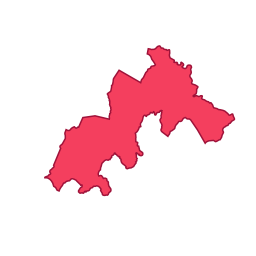 outline of Santa Ana, La Paz, Honduras, rotated 239°
{"feature_id": "27666195B3859139292279", "entity_name": "Santa Ana", "entity_type": "district", "adm_level": 2, "iso_a3": "HND", "parent_name": "Honduras", "parent_adm1": "La Paz", "projection": "orthographic", "projection_center": [-87.959, 13.996], "detail": "fine", "context": "isolated", "style": "filled", "palette": "rose", "viewbox_px": 256, "rotation_deg": 239, "n_neighbors": 0, "source": "geoboundaries", "source_scale": "gbopen_adm2", "svg_char_len": 5897}
<svg xmlns="http://www.w3.org/2000/svg" viewBox="0 0 256 256"><g transform="rotate(239 128 128)"><path d="M70.5,200.9L71.8,203.4L73.4,205.0L74.9,207.4L75.4,207.7L77.4,208.0L78.3,208.8L78.9,209.8L79.1,210.8L79.0,212.4L79.3,213.3L78.8,215.0L79.7,216.6L79.5,218.3L79.9,218.8L80.0,219.7L80.4,220.4L80.4,223.2L80.6,223.7L81.4,224.1L83.6,224.3L85.9,224.9L86.4,224.5L86.5,221.9L86.9,221.3L89.2,220.9L92.6,219.7L94.2,218.5L96.3,216.3L97.2,215.1L98.8,214.3L101.2,211.9L102.6,212.0L103.9,212.4L106.6,212.2L107.1,211.9L107.2,211.1L107.5,210.8L109.0,210.5L110.3,209.2L112.7,208.1L114.3,206.6L114.7,206.5L115.4,206.4L116.9,208.0L117.3,208.1L117.8,207.7L118.2,206.9L118.3,205.4L118.6,204.8L120.4,203.4L120.8,202.4L120.8,200.9L121.3,200.3L121.8,200.3L122.1,200.6L122.3,203.9L122.7,204.5L124.2,205.8L125.8,206.7L125.9,207.1L126.1,207.2L126.7,208.5L127.2,209.1L127.7,209.1L130.1,207.9L132.7,205.7L133.5,205.6L134.1,205.8L134.9,206.9L135.7,207.5L137.1,207.7L139.5,207.5L140.8,207.7L141.5,208.5L141.7,209.1L142.7,210.6L143.9,211.2L145.8,211.8L146.2,212.1L147.4,213.8L149.0,214.1L149.5,213.9L150.4,212.9L150.9,211.9L150.7,210.6L149.6,209.3L149.4,207.9L149.6,207.4L151.0,206.2L152.6,205.8L152.9,206.2L152.9,207.5L153.3,208.0L153.7,208.3L154.8,208.4L156.7,207.7L156.9,207.5L156.9,207.2L156.7,206.9L155.6,206.4L155.2,205.2L155.8,204.1L156.9,203.1L157.6,203.1L157.9,203.8L158.9,203.8L159.3,203.4L160.0,202.0L160.6,201.3L160.9,201.4L161.5,202.2L162.4,202.5L166.4,200.2L168.6,200.7L169.7,201.4L170.6,202.3L173.2,203.7L173.7,203.7L174.0,203.2L174.4,201.5L175.5,201.2L176.1,200.3L177.1,199.4L178.5,199.1L179.4,197.7L181.7,197.6L182.1,197.3L182.3,196.9L182.6,195.4L182.4,194.3L181.9,192.7L181.9,191.1L183.3,188.4L184.3,187.6L185.5,186.2L181.6,182.7L179.9,183.9L178.2,184.3L177.2,184.3L174.7,183.8L170.8,184.1L168.1,184.0L167.8,183.1L167.9,182.4L168.8,179.9L168.5,178.9L167.7,178.3L168.1,175.3L166.9,174.0L166.3,171.7L163.3,167.2L162.7,165.3L162.2,164.2L160.3,162.2L182.1,150.1L177.8,141.1L177.1,140.4L175.2,139.0L173.1,137.0L172.8,135.7L171.6,135.1L168.6,132.4L168.3,131.6L168.1,128.6L167.8,127.8L166.4,127.8L165.2,127.5L164.3,126.9L162.9,126.9L161.7,126.6L161.1,126.0L160.6,126.3L158.1,124.8L157.6,124.3L155.5,123.9L154.5,123.9L153.8,123.3L152.7,123.0L152.0,122.4L151.6,121.6L150.0,121.0L149.8,119.8L149.0,119.3L147.9,118.1L147.1,117.6L146.1,117.2L145.2,116.5L155.4,106.0L160.2,94.7L154.1,86.1L154.6,85.6L154.4,83.9L154.5,83.6L155.0,83.1L156.7,82.6L156.8,82.4L156.7,81.7L157.0,80.5L156.8,79.9L156.8,78.9L156.3,78.1L156.1,76.5L156.8,75.2L158.5,74.1L156.2,71.3L155.0,70.7L153.9,70.4L151.3,68.9L148.5,64.1L148.0,62.9L147.8,61.2L147.5,60.4L146.8,59.9L145.2,59.8L134.3,45.0L133.6,45.0L132.9,44.6L132.6,44.0L132.4,42.5L131.9,41.0L131.9,39.9L131.7,39.3L130.6,38.3L129.1,38.4L128.8,38.2L128.5,37.8L128.4,37.2L128.7,36.4L128.2,35.5L128.1,34.7L128.6,31.8L128.5,31.3L128.2,31.1L127.2,32.6L126.4,33.5L124.1,34.7L122.0,35.1L119.5,35.1L116.3,34.3L114.3,35.3L111.2,35.2L109.5,36.5L110.8,38.2L112.0,40.6L112.4,41.9L113.9,44.3L113.9,44.6L113.4,45.5L113.7,46.1L113.9,47.8L113.5,49.4L112.9,50.7L113.6,53.2L113.1,54.3L112.0,55.3L110.0,56.6L109.1,56.7L104.1,58.0L103.3,58.0L103.0,59.1L102.2,59.0L101.2,58.1L101.3,56.9L101.1,56.1L99.7,53.3L98.7,52.7L97.0,53.2L96.7,53.6L96.3,54.8L95.7,55.7L95.3,55.9L95.1,56.2L95.2,56.8L95.9,58.1L95.6,59.0L95.0,58.8L94.8,58.9L95.1,60.5L94.5,61.9L94.6,62.9L95.6,64.6L95.6,65.5L95.2,66.9L95.8,68.3L95.6,68.8L94.8,70.0L94.6,71.4L93.5,72.4L91.9,73.2L90.8,73.2L90.3,73.4L89.4,73.3L88.5,72.3L85.3,72.3L84.5,71.9L83.6,71.9L82.7,72.6L82.1,73.5L81.8,74.7L81.0,75.9L81.3,76.9L82.4,78.4L82.6,80.4L83.5,81.4L84.7,81.9L88.1,81.7L90.3,82.4L91.1,83.0L92.3,83.3L93.7,82.8L95.1,83.5L95.7,83.4L96.9,82.5L97.4,80.9L98.9,81.0L99.7,80.8L100.7,80.8L101.4,80.1L101.9,78.3L103.3,78.5L104.2,79.0L105.4,80.2L106.2,81.6L106.3,82.8L108.0,84.0L109.1,85.4L111.1,87.4L112.1,91.2L112.0,92.6L111.9,93.1L110.6,94.4L110.7,95.5L110.2,96.3L111.0,97.4L111.2,98.8L112.1,99.3L112.4,99.7L112.5,100.3L112.4,101.4L112.8,102.6L113.4,103.3L113.3,103.9L112.9,104.0L112.0,103.8L111.2,104.5L110.0,104.5L108.8,105.1L108.3,105.1L108.0,105.3L107.9,106.0L107.6,106.1L106.1,105.4L105.2,105.8L104.5,105.8L103.7,105.2L101.6,104.7L99.8,105.1L97.7,106.0L95.9,106.4L95.5,106.3L95.1,105.7L94.1,105.8L93.4,106.5L93.1,108.3L92.2,110.2L92.1,113.0L93.1,114.9L93.9,116.9L94.2,117.1L95.0,117.2L95.3,118.6L95.7,118.9L96.6,119.1L97.0,120.1L98.3,120.0L101.1,121.5L102.2,121.7L102.3,121.8L102.4,122.4L102.0,122.7L100.3,123.3L99.7,123.2L99.5,124.0L98.9,123.8L98.5,123.9L97.6,124.8L97.4,125.3L97.3,126.3L97.6,126.9L98.2,127.4L98.9,127.7L99.5,127.8L102.7,126.4L107.0,127.8L107.6,127.0L108.0,126.9L109.4,127.9L110.2,128.6L110.6,128.8L111.0,128.6L111.9,127.8L112.4,127.7L113.8,128.6L114.6,128.9L115.8,129.9L118.6,131.3L119.8,131.6L120.2,134.0L121.4,136.3L123.1,138.3L123.0,138.6L122.6,139.3L122.6,139.7L124.4,140.3L125.5,141.1L126.5,143.3L127.7,144.8L129.8,146.8L130.4,148.0L130.5,148.5L130.0,149.2L129.6,149.4L128.7,149.5L128.5,149.8L129.2,151.0L128.8,152.7L128.9,154.0L129.7,155.2L129.5,155.7L128.5,156.3L128.3,156.7L128.3,157.3L128.8,158.3L128.5,158.5L127.7,158.5L125.7,157.8L125.3,157.9L125.0,158.2L125.0,158.8L125.8,159.8L126.1,160.5L126.0,161.5L125.4,162.9L126.1,164.4L126.1,165.0L125.8,165.7L125.3,166.0L124.8,165.0L123.8,164.9L123.2,164.1L122.6,163.8L121.8,162.8L119.8,161.8L118.4,159.5L116.3,158.9L114.6,159.0L112.7,158.5L111.6,157.4L110.6,156.9L109.8,155.6L109.0,155.1L108.3,155.0L107.1,155.2L100.3,157.9L100.9,158.8L101.1,159.7L101.8,160.9L102.7,161.7L103.2,162.5L103.1,164.5L103.4,167.4L103.8,168.1L105.0,169.2L105.9,170.8L106.2,171.4L106.3,172.5L107.4,174.7L107.4,175.2L106.6,176.3L106.4,177.2L106.5,178.0L107.6,180.1L107.7,181.5L107.5,182.5L105.3,183.4L104.1,185.3L102.7,185.9L90.6,186.6L75.2,186.3L75.5,187.1L75.7,188.3L75.4,190.6L73.4,194.8L72.9,195.2L71.5,195.8L71.1,196.2L70.9,197.7L70.9,200.1L70.5,200.9Z" fill="#f43f5e" stroke="#9f1239" stroke-width="1.5"/></g></svg>